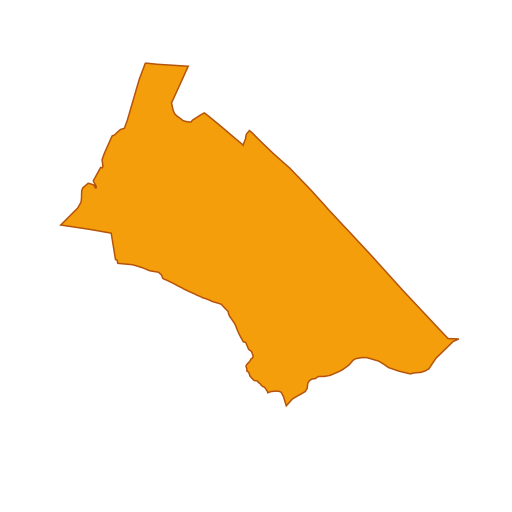 the district of Fantanele, Arad, Romania, rotated 130°
{"feature_id": "2599482B83782028034718", "entity_name": "Fantanele", "entity_type": "district", "adm_level": 2, "iso_a3": "ROU", "parent_name": "Romania", "parent_adm1": "Arad", "projection": "equal_earth", "projection_center": [21.396, 46.094], "detail": "fine", "context": "isolated", "style": "filled", "palette": "amber", "viewbox_px": 512, "rotation_deg": 130, "n_neighbors": 0, "source": "geoboundaries", "source_scale": "gbopen_adm2", "svg_char_len": 2998}
<svg xmlns="http://www.w3.org/2000/svg" viewBox="0 0 512 512"><g transform="rotate(130 256 256)"><path d="M357.8,425.5L350.2,413.1L345.0,404.6L342.6,400.7L331.6,381.6L349.0,361.4L348.4,359.6L350.5,357.2L342.0,344.9L338.0,335.5L335.6,327.9L331.1,320.2L331.4,315.8L332.3,314.4L333.0,313.2L332.8,311.5L331.9,308.9L331.3,306.2L330.5,303.4L328.8,295.3L327.9,291.9L327.7,290.1L326.2,284.3L324.3,277.9L324.1,276.5L322.6,271.8L322.5,270.5L321.3,267.8L320.3,265.0L319.4,262.1L319.2,260.8L318.4,259.0L316.5,254.6L315.3,251.6L315.9,247.1L316.2,243.6L316.6,241.4L318.0,239.8L319.4,236.9L319.5,236.1L320.0,234.2L321.5,228.9L322.4,226.9L324.4,223.4L326.5,219.1L327.9,215.8L329.8,210.8L329.8,210.1L328.9,208.9L329.0,207.8L329.8,206.4L330.7,204.7L331.7,202.7L332.2,201.7L332.3,200.8L332.1,199.6L332.0,198.8L332.3,197.6L333.6,195.3L334.3,194.2L335.4,193.3L336.8,193.2L338.4,193.7L339.3,193.3L341.0,193.1L343.7,193.3L345.3,193.3L346.8,192.9L347.4,192.1L347.9,191.1L348.7,190.1L350.0,189.2L349.9,188.5L349.8,187.4L350.3,185.8L350.9,185.0L351.2,184.4L351.8,183.8L351.9,182.7L352.3,181.1L352.3,179.8L352.6,178.8L352.4,177.4L351.9,176.2L351.0,174.9L350.9,174.1L351.4,173.0L351.2,171.4L351.2,170.1L351.6,169.3L351.6,168.1L351.8,167.1L351.2,166.0L351.1,164.6L351.5,163.5L352.4,160.2L353.2,159.1L350.1,157.3L346.0,153.1L344.6,150.8L344.2,148.8L344.7,147.7L345.5,146.1L345.7,145.2L348.1,141.4L351.3,136.5L342.1,136.2L334.7,133.6L333.5,133.0L330.2,131.9L328.1,131.1L326.5,131.5L324.6,131.6L322.3,133.2L319.9,134.6L317.9,134.9L315.9,134.6L313.8,133.8L312.1,131.9L308.3,130.8L304.1,126.0L299.5,122.3L298.0,121.6L291.5,118.3L287.7,116.7L283.0,115.5L279.5,114.7L278.1,114.7L273.3,114.6L270.7,113.7L266.0,109.8L262.6,105.8L260.4,100.7L257.7,94.6L256.7,88.0L256.3,82.8L255.5,80.7L252.4,72.6L247.2,62.1L243.7,59.5L239.2,54.9L235.1,52.4L230.9,51.0L227.5,51.5L218.5,52.4L194.7,50.0L189.2,47.3L192.5,51.6L195.8,55.8L194.3,68.8L188.0,121.3L181.5,168.0L181.2,170.4L177.2,202.6L176.5,209.0L173.9,230.1L172.9,236.7L171.3,248.5L170.3,255.6L169.6,261.8L168.7,270.5L167.6,281.0L167.0,286.3L166.9,289.5L166.8,294.7L166.4,308.6L165.4,323.2L164.9,329.6L164.1,338.4L164.1,341.7L169.0,341.6L170.7,340.8L171.9,340.0L173.1,339.3L175.5,338.5L179.1,337.3L179.3,337.1L179.3,350.6L179.2,364.0L179.3,380.6L179.6,387.6L184.4,389.4L192.9,392.0L195.2,391.9L196.3,393.5L197.3,394.8L199.2,398.8L199.3,402.7L199.6,406.8L199.2,410.2L197.2,413.8L195.0,416.5L193.1,419.1L173.5,424.5L154.2,429.9L172.9,455.3L178.4,463.5L179.5,464.7L195.5,459.1L234.8,441.8L242.8,438.9L243.2,439.2L246.3,441.2L250.4,441.8L254.4,442.2L255.8,443.1L256.4,443.4L257.6,443.1L275.4,438.0L281.3,435.7L285.6,431.0L287.2,430.4L288.0,431.9L291.2,431.3L302.9,429.0L303.3,428.5L304.3,425.9L305.0,423.9L305.9,422.6L306.4,422.4L306.9,422.4L307.0,422.6L307.0,423.1L306.1,425.0L305.9,426.0L306.4,427.4L306.8,428.5L308.1,431.3L315.1,432.5L318.0,431.5L324.1,426.7L327.1,424.7L333.7,423.4L336.3,423.6L338.2,423.8L348.6,424.7L357.8,425.5Z" fill="#f59e0b" stroke="#b45309" stroke-width="1.5"/></g></svg>